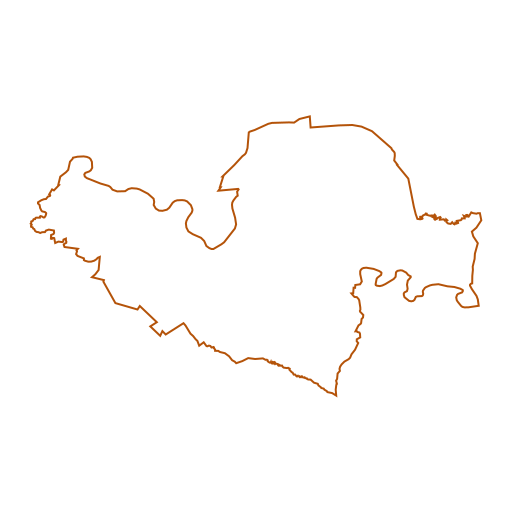 outline of Recea, Maramures, Romania
{"feature_id": "2599482B24174964580354", "entity_name": "Recea", "entity_type": "district", "adm_level": 2, "iso_a3": "ROU", "parent_name": "Romania", "parent_adm1": "Maramures", "projection": "robinson", "projection_center": [23.475, 47.622], "detail": "fine", "context": "isolated", "style": "outline", "palette": "amber", "viewbox_px": 512, "rotation_deg": 0, "n_neighbors": 0, "source": "geoboundaries", "source_scale": "gbopen_adm2", "svg_char_len": 6021}
<svg xmlns="http://www.w3.org/2000/svg" viewBox="0 0 512 512"><path d="M336.2,395.6L335.7,389.7L336.2,385.6L336.5,384.0L336.9,383.8L336.1,380.7L337.1,378.9L337.6,373.5L339.9,370.9L339.5,368.9L340.1,366.7L341.6,364.4L344.4,361.6L348.6,359.2L350.1,357.7L351.5,354.3L355.0,349.8L358.2,343.0L356.7,341.2L356.8,339.3L360.2,337.4L360.0,333.8L359.4,332.5L357.4,332.0L356.8,331.2L355.5,331.3L358.5,325.4L360.6,323.9L361.1,323.1L361.6,319.0L363.0,317.5L363.3,315.0L360.1,311.7L359.9,310.9L360.4,309.6L360.3,307.4L359.2,300.3L358.6,299.1L356.8,297.1L354.7,297.0L354.1,296.6L351.4,293.4L353.2,293.2L353.6,287.7L355.1,287.8L355.3,285.0L360.1,284.3L361.8,281.5L360.2,274.1L360.2,271.2L360.8,269.9L361.8,268.8L363.4,268.0L366.3,267.7L373.6,268.9L379.1,271.0L381.0,272.2L381.5,272.9L381.1,274.9L377.4,277.7L376.6,278.9L375.6,284.2L375.8,285.1L376.9,285.7L379.8,286.1L382.3,285.5L385.3,284.1L393.7,279.0L395.6,276.8L396.0,272.3L397.4,270.9L400.5,270.3L402.3,270.5L406.2,272.6L408.2,275.0L410.7,276.4L410.7,277.3L407.8,280.6L407.0,284.7L407.6,288.6L407.4,289.7L406.9,291.2L404.6,292.3L403.8,293.4L403.8,295.0L404.5,297.2L409.1,300.9L411.3,301.3L413.2,300.9L414.5,299.8L415.8,296.9L417.3,296.3L421.7,296.1L422.4,295.8L423.0,294.9L423.2,293.6L422.8,291.9L423.0,290.6L424.9,287.9L426.1,287.1L430.0,285.4L432.4,284.8L438.4,284.2L447.4,286.3L454.4,287.0L460.3,288.7L462.7,290.0L462.9,290.9L462.1,292.4L458.1,293.9L457.1,294.8L456.2,297.4L456.8,300.3L457.7,301.7L461.0,305.8L462.4,306.9L464.6,307.4L468.5,307.3L478.7,305.8L477.8,299.4L476.5,295.9L471.8,289.0L470.0,285.6L470.0,284.8L470.8,283.8L472.2,283.4L472.3,275.9L472.9,269.8L472.7,266.6L474.6,258.9L474.9,253.7L477.8,243.2L473.3,236.4L471.9,231.6L476.4,227.7L481.3,220.3L479.9,213.2L477.7,213.2L476.5,213.7L472.8,213.1L471.3,212.4L468.6,216.7L467.7,216.5L467.7,215.2L467.2,214.9L466.3,215.0L466.4,216.3L466.1,216.6L463.8,215.8L464.6,217.4L464.7,218.4L461.8,218.4L461.5,219.6L460.8,220.2L456.7,220.9L456.8,221.7L458.0,222.5L458.1,223.0L456.1,223.7L455.2,222.8L454.5,224.3L453.6,223.9L452.2,222.2L450.7,223.9L448.1,223.5L446.5,222.2L446.3,221.1L447.3,220.3L446.2,219.4L446.1,220.2L444.8,220.6L443.8,219.3L439.8,219.7L439.9,218.3L440.6,217.5L440.2,217.0L437.8,217.9L436.7,219.0L435.9,218.7L435.3,219.7L434.9,219.7L434.4,219.2L434.2,217.8L433.2,217.3L435.8,216.9L435.8,216.1L434.7,214.6L433.1,216.1L432.1,215.4L429.8,215.7L426.6,214.8L426.7,213.7L425.8,213.5L425.0,214.6L423.1,215.4L422.3,216.6L420.2,216.8L420.2,217.5L422.2,217.8L422.5,218.6L422.1,218.9L420.3,219.3L417.4,218.9L415.7,214.1L413.8,206.5L408.3,178.6L397.0,164.9L397.4,164.6L394.2,160.5L394.8,155.9L394.7,153.1L394.2,152.0L391.9,149.5L391.4,148.2L372.0,131.2L361.5,126.6L352.3,125.0L339.0,125.4L310.6,127.5L309.8,116.4L299.4,119.0L294.1,122.6L289.0,122.4L272.0,122.9L268.3,123.8L254.7,130.0L249.9,131.6L248.8,132.4L247.5,148.1L246.0,152.8L244.9,154.3L242.4,156.2L234.5,164.8L222.6,176.4L222.4,176.6L223.2,176.7L219.9,187.1L220.8,187.2L218.4,190.7L238.2,188.9L238.6,189.4L237.1,191.7L237.7,195.7L236.2,196.8L233.4,200.5L232.3,202.6L232.0,204.8L232.4,208.5L235.1,217.7L236.1,224.4L234.9,228.5L224.1,242.3L221.4,244.3L213.4,249.0L211.5,249.0L209.3,248.1L206.4,246.0L204.2,241.0L201.0,237.8L192.8,234.2L188.4,231.4L186.4,227.5L185.9,223.4L186.4,221.0L188.3,217.2L191.7,212.6L192.4,210.6L192.4,209.2L190.9,205.2L187.1,201.4L184.7,200.4L182.1,200.1L177.2,200.3L174.8,201.1L172.7,202.7L169.3,207.7L166.9,209.7L162.5,210.8L159.0,210.6L155.8,208.6L153.7,205.0L154.2,201.9L153.6,198.7L147.9,193.7L139.6,189.4L136.8,188.6L131.7,188.2L128.4,189.0L125.1,191.2L117.2,191.4L112.5,189.7L110.3,187.0L108.6,185.9L100.4,183.5L86.8,178.1L84.8,176.5L84.3,174.4L85.3,172.9L89.1,171.5L90.8,170.3L92.2,167.8L91.9,161.9L90.6,159.2L89.3,157.9L86.9,156.9L83.6,156.4L77.6,156.7L73.0,157.7L72.6,158.8L70.0,161.7L68.2,169.9L65.9,172.3L60.3,176.6L58.3,184.7L59.1,185.0L53.9,190.4L52.1,189.4L49.2,194.3L50.0,194.8L50.2,195.4L49.9,196.0L47.9,196.6L46.0,199.0L44.0,199.2L41.4,200.2L38.0,202.3L38.0,203.5L39.6,205.0L40.1,207.9L41.4,210.6L42.2,211.4L44.9,212.0L46.1,213.0L46.2,213.7L45.6,215.7L44.5,217.4L43.5,217.5L41.8,216.4L40.4,216.1L40.0,216.5L39.9,217.7L36.0,217.7L35.5,218.0L35.1,219.1L33.6,219.2L32.8,220.8L31.2,221.5L31.3,222.9L30.7,223.7L31.7,224.8L31.0,225.8L31.1,226.8L32.6,227.3L33.2,228.6L34.3,229.1L35.0,230.8L36.5,231.9L38.6,232.2L40.2,233.0L42.1,232.2L45.0,232.1L45.9,230.6L48.8,229.6L53.9,230.5L54.1,232.9L53.5,234.0L51.1,235.0L50.9,238.7L51.8,238.9L52.2,237.8L54.2,238.1L55.2,243.0L58.4,241.6L62.5,242.1L63.1,241.6L63.5,239.6L65.9,238.6L65.9,240.6L66.4,241.7L66.2,242.9L64.2,243.9L63.7,244.7L64.5,247.0L77.9,248.8L76.5,250.4L77.0,251.4L76.1,254.1L77.5,255.9L83.9,258.4L83.9,260.1L84.9,260.7L88.3,261.7L91.2,261.6L94.2,260.7L96.5,259.2L97.7,257.8L99.8,256.9L98.6,270.0L95.3,274.3L92.0,277.2L103.9,280.1L103.4,281.7L115.4,303.1L137.5,309.5L139.8,306.0L156.8,322.2L150.3,326.4L160.2,335.8L162.4,331.1L165.7,334.5L183.5,323.2L185.5,325.5L190.5,333.7L193.1,336.0L195.6,339.2L197.4,340.9L199.2,345.7L203.7,342.3L206.5,346.1L207.4,346.3L208.9,345.6L210.4,346.0L211.5,347.5L213.6,347.0L214.0,347.6L213.8,348.1L215.1,349.5L215.1,350.8L218.3,350.9L219.9,352.0L224.9,353.2L229.1,356.3L232.1,360.2L234.8,361.7L236.2,363.2L242.3,361.1L248.2,358.1L255.1,359.0L262.9,358.4L265.5,359.8L266.8,359.7L267.7,360.3L267.7,361.3L269.6,362.6L270.7,362.5L271.0,361.8L271.4,363.0L271.8,363.1L272.4,362.9L272.8,361.9L273.9,362.3L274.6,362.0L274.9,362.4L273.7,363.5L274.5,363.5L275.0,364.1L275.6,363.6L277.7,364.0L279.0,364.7L278.2,365.3L278.5,365.7L282.1,365.6L282.5,366.6L283.6,367.6L287.0,368.1L288.1,367.8L289.7,368.7L289.4,369.7L291.7,372.2L292.6,372.6L293.7,374.6L295.0,374.5L296.3,376.0L297.5,375.8L297.4,376.4L299.5,376.2L299.8,377.0L300.2,376.8L300.9,377.2L301.6,376.3L302.2,376.4L302.7,377.3L303.8,377.6L304.6,377.3L305.1,378.1L306.9,378.4L307.2,379.1L308.3,379.5L310.6,379.6L314.0,382.7L317.8,383.8L318.4,385.4L320.9,387.3L321.3,388.0L323.7,388.6L324.4,389.7L326.8,391.1L327.4,392.1L332.2,393.1L336.2,395.6Z" fill="none" stroke="#b45309" stroke-width="2"/></svg>